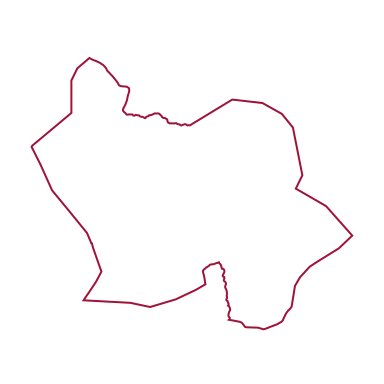 Bayanchandmani, Töv, Mongolia (Robinson projection), rotated 174°
{"feature_id": "93677404B83020582148290", "entity_name": "Bayanchandmani", "entity_type": "district", "adm_level": 2, "iso_a3": "MNG", "parent_name": "Mongolia", "parent_adm1": "Töv", "projection": "robinson", "projection_center": [106.239, 48.215], "detail": "fine", "context": "isolated", "style": "outline", "palette": "rose", "viewbox_px": 384, "rotation_deg": 174, "n_neighbors": 0, "source": "geoboundaries", "source_scale": "gbopen_adm2", "svg_char_len": 3214}
<svg xmlns="http://www.w3.org/2000/svg" viewBox="0 0 384 384"><g transform="rotate(174 192 192)"><path d="M311.1,95.6L264.8,88.2L245.7,82.0L219.5,86.9L198.3,94.3L188.3,98.8L188.6,104.6L188.7,106.5L189.0,108.6L189.3,110.2L189.4,112.3L188.9,113.0L187.9,113.9L187.0,114.4L186.0,115.4L185.0,115.7L183.3,116.6L182.4,117.2L181.5,117.9L180.7,117.9L179.7,118.0L178.4,117.9L177.1,118.2L175.3,118.7L173.7,118.9L172.6,119.3L172.3,118.4L171.1,116.9L170.6,115.2L170.6,114.1L170.4,113.2L170.1,112.5L169.1,112.4L168.5,111.8L168.1,111.0L168.1,110.1L168.1,109.3L168.5,108.4L169.4,107.1L170.2,105.8L170.1,104.9L169.4,104.3L168.9,104.1L168.7,103.5L168.9,102.7L169.3,101.8L169.6,100.9L169.4,100.1L168.5,99.4L168.1,98.8L167.8,97.6L168.1,96.3L168.7,95.1L169.0,94.2L168.9,93.3L168.4,92.2L167.9,90.3L167.8,88.5L167.9,87.0L168.1,86.0L168.4,85.0L168.1,84.0L168.1,83.1L168.4,82.6L169.1,81.7L169.1,80.9L168.6,80.2L167.9,79.7L167.9,79.0L167.6,77.8L167.2,76.8L167.4,76.2L167.7,75.7L168.1,75.2L167.9,74.9L167.4,74.7L167.1,74.5L166.8,73.8L166.4,72.3L166.3,71.0L166.9,69.9L167.7,68.7L168.2,67.4L168.4,66.5L168.7,65.3L168.5,64.2L168.1,63.8L167.6,63.1L167.7,62.3L168.0,61.6L168.6,61.1L158.3,58.0L156.1,56.8L154.8,54.7L153.2,52.2L151.6,51.7L140.6,50.2L135.3,48.0L133.2,48.3L126.7,50.1L121.0,51.6L118.5,52.8L116.9,53.4L115.4,54.5L113.4,57.8L111.8,60.4L110.9,61.7L108.8,64.0L106.4,65.8L104.9,67.6L104.2,70.1L99.4,87.9L93.5,95.9L82.6,105.5L73.4,110.2L51.7,120.7L37.2,131.9L60.1,163.9L88.4,184.5L80.5,197.1L84.9,245.6L94.5,260.3L112.6,273.1L142.3,279.7L186.1,259.0L187.1,258.5L188.6,258.8L189.6,258.7L190.4,259.4L191.0,259.9L192.0,260.2L193.0,260.0L193.6,259.9L194.1,259.8L194.9,259.4L195.8,259.3L196.7,259.9L197.1,260.4L197.7,260.6L198.6,260.9L199.4,261.1L199.8,261.6L200.4,262.1L200.9,262.1L201.1,262.1L202.1,262.1L203.1,262.1L204.7,262.4L205.9,262.5L206.7,262.5L208.0,263.3L208.8,264.0L209.0,265.4L209.1,266.8L209.9,267.4L211.0,268.3L212.3,268.6L213.1,268.9L213.9,269.6L214.4,270.9L215.3,271.8L216.0,272.8L217.0,273.6L218.4,273.8L219.7,273.8L220.8,274.1L222.6,273.4L224.2,272.9L225.4,272.8L226.6,272.8L227.4,272.0L228.8,271.8L229.8,271.3L230.6,270.4L231.2,270.4L231.7,270.8L232.3,271.2L233.3,271.9L234.2,272.1L235.1,272.3L236.0,272.8L236.7,273.7L237.3,273.9L238.0,274.0L239.1,274.3L240.0,274.6L240.7,274.1L241.5,273.9L242.4,274.2L243.1,275.3L244.3,275.5L245.5,275.6L246.6,275.8L247.7,275.6L248.7,275.7L249.4,276.5L250.1,277.6L251.0,278.5L251.8,279.5L252.2,280.4L251.8,281.6L251.4,282.7L250.5,283.8L248.8,286.5L247.0,290.3L246.0,293.6L245.6,294.7L244.0,298.4L243.7,300.8L243.9,301.9L245.3,303.1L246.7,303.8L249.5,304.2L251.6,304.7L253.4,305.7L253.7,306.4L254.4,308.4L255.9,310.8L259.0,315.6L260.3,317.2L262.2,319.8L263.0,320.6L263.8,321.9L264.6,324.3L266.4,326.8L267.4,327.9L268.3,328.5L269.8,329.8L271.3,330.9L272.5,331.5L273.7,332.3L274.3,332.6L274.9,332.9L275.6,333.2L276.5,333.7L277.4,334.1L278.1,334.7L279.0,335.3L280.0,336.0L293.1,327.0L300.3,315.5L303.7,283.2L346.0,254.8L346.1,254.7L346.6,253.9L346.8,253.6L342.5,242.3L339.7,234.8L331.0,208.3L321.2,193.5L318.8,189.9L300.7,162.2L297.4,151.4L296.9,151.3L296.3,147.1L292.7,131.9L290.4,122.3L296.5,113.2L304.3,103.7L308.9,98.4L311.1,95.6Z" fill="none" stroke="#9f1239" stroke-width="2"/></g></svg>